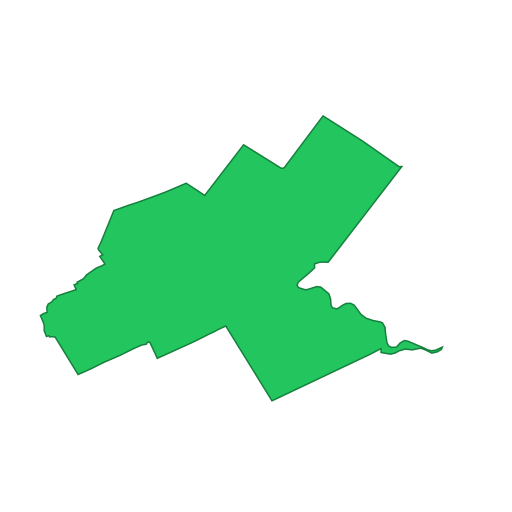 outline of Izvoarele, Teleorman, Romania, rotated 191°
{"feature_id": "2599482B23491153947768", "entity_name": "Izvoarele", "entity_type": "district", "adm_level": 2, "iso_a3": "ROU", "parent_name": "Romania", "parent_adm1": "Teleorman", "projection": "robinson", "projection_center": [25.353, 43.81], "detail": "fine", "context": "isolated", "style": "filled", "palette": "green", "viewbox_px": 512, "rotation_deg": 191, "n_neighbors": 0, "source": "geoboundaries", "source_scale": "gbopen_adm2", "svg_char_len": 1906}
<svg xmlns="http://www.w3.org/2000/svg" viewBox="0 0 512 512"><g transform="rotate(191 256 256)"><path d="M216.9,406.3L217.4,405.3L245.2,347.9L246.2,347.4L248.2,347.0L289.4,362.8L317.6,306.3L317.9,305.7L338.4,314.1L357.5,301.2L367.0,295.4L383.5,285.5L391.1,281.3L404.2,273.5L410.9,239.6L412.5,233.5L411.9,232.1L406.7,227.9L409.3,225.8L402.7,219.3L405.3,217.1L410.6,213.6L418.7,205.2L421.0,200.8L426.6,196.1L425.9,194.9L429.1,193.0L426.1,188.7L439.8,181.0L443.8,178.6L444.2,176.2L446.5,174.7L447.5,172.3L449.2,170.5L450.7,169.4L451.6,165.9L450.3,160.8L453.7,158.9L456.3,156.4L451.4,149.2L450.6,147.0L450.5,146.5L449.6,142.1L446.3,137.0L444.2,138.3L443.3,137.2L441.1,137.8L437.8,138.2L408.3,106.0L408.1,105.7L401.8,110.0L395.7,114.4L392.3,117.0L390.0,118.8L383.9,123.4L380.6,125.6L370.7,132.4L359.3,141.1L353.4,145.3L350.8,147.0L349.2,147.6L347.2,148.3L346.7,148.7L346.5,149.5L346.4,150.2L345.9,150.8L345.0,151.0L344.5,151.0L344.1,150.9L343.5,150.7L341.9,148.5L337.0,141.8L333.6,137.0L333.4,136.7L311.7,152.1L300.5,160.1L287.4,170.2L281.3,174.7L279.8,176.1L272.3,181.5L212.7,116.9L125.5,181.1L115.7,188.9L115.3,187.6L114.8,185.1L105.1,185.3L100.8,187.4L97.6,190.1L91.8,193.1L84.4,193.7L81.4,195.1L76.7,196.9L72.0,196.2L64.8,194.2L59.6,196.6L56.2,199.7L55.7,202.1L61.9,197.7L65.7,196.5L69.7,196.6L73.0,197.6L90.8,201.4L94.3,201.3L98.1,197.9L100.7,193.3L105.9,192.1L108.9,193.2L111.0,196.1L113.8,204.0L114.5,206.1L115.6,210.4L119.1,214.5L121.4,215.0L128.9,215.0L136.3,216.0L141.9,218.8L150.1,226.4L153.9,227.6L158.3,226.7L160.9,224.8L166.4,219.5L170.8,219.7L172.8,221.6L174.7,228.3L177.3,232.8L186.4,237.8L190.5,237.6L199.5,232.7L202.1,232.3L208.2,233.1L210.1,235.1L209.5,238.4L200.6,249.5L196.2,255.6L197.1,259.4L191.9,262.2L187.1,263.2L184.0,263.6L129.9,371.7L130.1,371.7L130.6,371.5L132.0,371.1L132.9,371.1L169.4,387.4L173.2,389.1L216.9,406.3Z" fill="#22c55e" stroke="#15803d" stroke-width="1.5"/></g></svg>